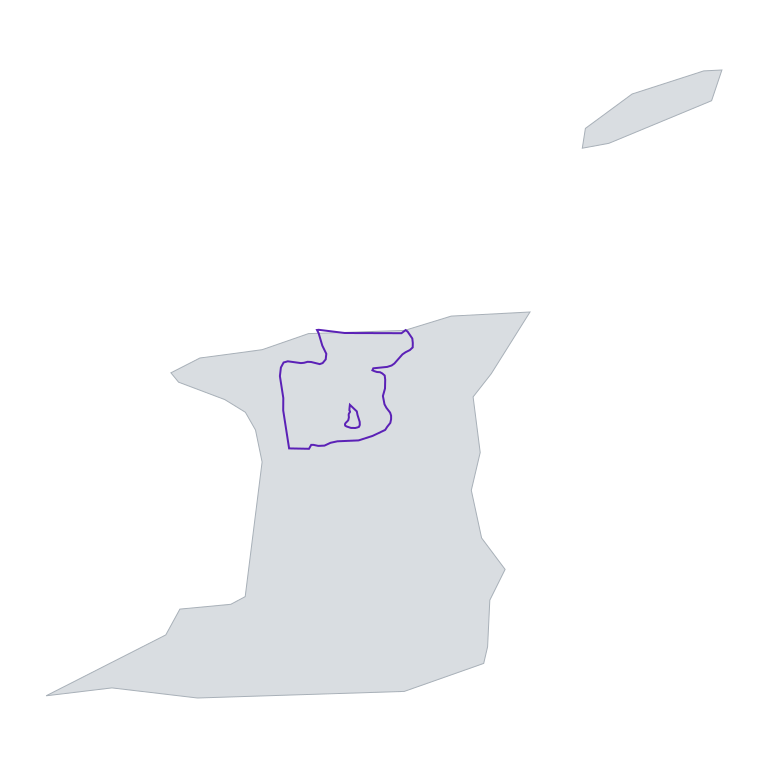 Tunapuna/Piarco on a map of Trinidad and Tobago (Mercator projection)
{"feature_id": "TTO-61", "entity_name": "Tunapuna/Piarco", "entity_type": "Region", "adm_level": 1, "iso_a3": "TTO", "parent_name": "Trinidad and Tobago", "parent_adm1": "", "projection": "mercator", "projection_center": [-61.281, 10.685], "detail": "fine", "context": "in_parent", "style": "outline", "palette": "violet", "viewbox_px": 768, "rotation_deg": 0, "n_neighbors": 0, "source": "natural_earth", "source_scale": "10m", "svg_char_len": 1699}
<svg xmlns="http://www.w3.org/2000/svg" viewBox="0 0 768 768"><path d="M483.7,663.4L404.3,691.4L197.5,698.0L111.9,687.9L46.1,695.8L165.8,634.9L179.9,609.1L230.8,604.3L245.2,596.6L262.1,462.0L255.5,430.0L245.4,412.3L224.8,399.6L178.6,382.2L170.9,372.8L199.9,358.0L262.1,349.7L308.5,333.6L404.6,330.4L451.2,316.1L530.0,312.0L491.2,373.8L473.1,396.9L480.2,452.5L471.3,490.3L481.6,538.0L505.1,569.4L489.8,600.2L487.6,646.7L483.7,663.4ZM608.9,143.3L582.3,148.2L585.4,128.4L632.1,94.0L703.7,70.9L721.9,70.0L711.6,100.7L608.9,143.3Z" fill="#d9dde1" stroke="#a8b0b8" stroke-width="1"/><path d="M317.0,330.0L318.7,329.8L344.7,333.0L401.5,333.2L405.6,330.1L407.6,331.6L412.3,338.5L412.8,342.9L412.7,347.4L409.8,350.1L405.6,352.2L402.4,354.4L394.4,363.5L391.6,365.5L387.2,366.9L373.3,368.3L372.4,370.3L374.5,371.2L377.0,372.0L380.0,372.2L382.1,373.3L384.7,375.5L385.2,379.7L385.0,388.5L382.9,396.0L384.5,404.3L386.4,407.8L390.1,412.6L391.1,415.7L391.1,419.2L390.3,422.9L387.2,426.8L385.2,429.9L372.6,435.9L358.6,440.4L337.4,441.3L330.5,442.8L324.5,445.6L318.3,445.9L313.6,444.9L311.2,444.9L309.0,448.8L289.1,448.4L283.2,410.4L283.3,398.0L279.9,376.1L280.9,367.5L283.6,362.5L287.8,361.3L300.9,363.1L304.0,362.8L307.6,361.8L311.2,362.0L319.7,364.1L322.6,363.1L325.7,359.4L326.3,353.8L322.3,345.6L318.6,333.1L317.0,330.0ZM355.3,428.0L357.6,427.4L359.0,426.8L359.8,424.9L359.7,421.9L357.5,414.9L356.8,411.4L349.9,404.8L349.4,409.2L349.4,410.4L349.9,411.2L350.0,411.9L349.7,412.4L349.3,413.0L348.9,413.7L348.7,414.5L348.7,415.4L348.8,416.4L348.9,417.3L348.3,420.1L347.5,421.1L345.7,422.9L345.1,423.8L345.0,424.7L345.2,425.6L346.4,426.4L350.9,427.9L355.3,428.0Z" fill="none" stroke="#5b21b6" stroke-width="2"/></svg>